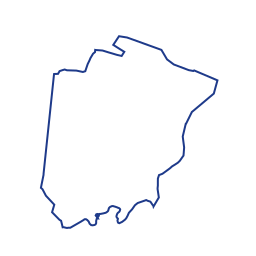 Bocage, Castries, Saint Lucia, rotated 79°
{"feature_id": "8701671B35941232442157", "entity_name": "Bocage", "entity_type": "district", "adm_level": 2, "iso_a3": "LCA", "parent_name": "Saint Lucia", "parent_adm1": "Castries", "projection": "orthographic", "projection_center": [-60.966, 14.003], "detail": "fine", "context": "isolated", "style": "outline", "palette": "blue", "viewbox_px": 256, "rotation_deg": 79, "n_neighbors": 0, "source": "geoboundaries", "source_scale": "gbopen_adm2", "svg_char_len": 2903}
<svg xmlns="http://www.w3.org/2000/svg" viewBox="0 0 256 256"><g transform="rotate(79 128 128)"><path d="M209.9,117.9L208.2,116.4L207.3,115.6L202.1,111.0L200.0,110.9L193.5,110.6L192.6,110.4L190.3,109.7L185.2,108.7L183.3,108.3L180.1,106.5L180.0,105.7L179.5,102.9L175.7,94.8L174.9,93.4L174.1,92.1L172.9,88.9L171.6,85.7L170.1,83.4L166.7,79.9L165.7,78.8L162.9,78.0L157.8,76.6L153.0,76.3L146.8,75.9L139.5,72.6L134.9,70.5L134.9,70.2L125.2,62.8L124.5,62.3L114.7,44.6L113.8,43.0L110.6,37.2L98.3,31.1L84.1,52.1L84.5,53.0L82.8,57.3L74.4,70.9L68.1,76.6L57.7,80.3L54.7,85.3L39.2,111.3L39.0,111.6L36.2,119.3L43.6,126.6L49.1,120.8L52.5,117.1L54.5,119.0L56.1,120.5L54.0,125.1L52.0,128.9L50.2,132.4L47.2,138.0L47.0,138.5L45.2,145.1L45.1,145.3L45.4,145.4L47.2,145.9L48.4,148.1L52.2,151.5L54.3,152.9L57.6,155.4L63.2,158.6L64.1,159.1L64.4,161.6L61.8,167.7L59.7,176.9L59.2,177.8L58.5,179.0L58.7,181.3L59.1,184.3L59.6,184.7L61.5,186.4L60.9,190.1L60.9,190.3L156.4,219.5L158.0,219.9L170.1,224.9L171.8,223.6L178.8,221.5L189.2,215.0L196.2,218.6L205.0,212.8L206.3,211.4L209.8,211.2L213.0,211.1L213.0,210.8L213.1,210.1L214.2,207.7L214.5,206.9L214.5,205.6L214.6,205.3L214.9,203.7L210.8,191.7L210.6,191.3L210.3,190.4L209.8,189.1L209.3,188.1L209.5,186.7L210.5,185.6L212.2,184.5L213.3,184.2L213.9,184.1L214.7,183.9L215.8,183.0L216.3,182.7L216.4,182.3L216.8,181.2L216.8,179.3L216.6,178.8L216.4,178.2L215.3,177.4L213.8,177.1L213.6,177.1L212.7,176.8L211.9,176.4L210.9,175.9L210.9,175.3L211.0,175.1L211.1,174.7L210.8,174.8L210.3,174.8L208.7,175.9L207.7,176.4L206.6,175.5L206.6,175.0L206.6,174.5L207.5,174.2L209.0,173.8L208.8,173.6L208.5,173.3L206.9,172.9L206.9,172.6L207.0,172.0L207.1,171.3L207.1,170.9L207.1,170.6L207.1,170.3L207.1,169.6L207.1,168.6L207.1,168.3L207.1,168.0L207.0,167.5L207.0,167.2L207.0,166.4L206.9,166.1L206.8,165.5L206.5,164.9L206.4,164.7L206.2,164.2L205.9,163.8L205.8,163.6L205.6,163.4L205.3,163.2L205.1,163.1L204.9,163.0L204.5,162.7L204.1,162.6L203.8,162.4L203.6,162.3L203.3,162.2L203.0,161.9L202.8,161.8L202.2,160.9L201.9,160.2L201.9,159.9L201.8,159.5L201.6,158.6L201.7,157.9L201.9,157.3L202.1,157.0L202.2,156.8L202.7,155.8L202.8,155.6L203.0,155.2L203.4,154.6L203.7,154.0L204.3,153.2L204.5,152.9L204.6,152.6L205.1,151.9L205.5,151.6L205.8,151.4L206.1,151.3L206.4,151.2L207.0,151.5L207.7,151.8L208.0,152.1L208.3,152.3L208.5,152.5L208.8,153.0L209.1,153.6L209.2,153.8L209.5,154.3L209.8,154.6L210.3,155.0L210.6,155.3L211.3,155.6L212.0,156.0L212.5,156.2L213.0,156.2L213.6,156.1L214.2,155.8L214.9,155.3L215.1,155.2L215.4,155.3L215.9,155.5L216.5,155.9L217.0,156.0L218.6,155.9L218.8,155.8L219.0,155.8L219.2,155.6L219.8,154.7L219.5,153.5L219.0,151.6L217.4,148.4L216.2,146.9L214.0,145.1L211.4,143.3L208.6,139.5L205.2,136.0L204.7,135.1L203.5,132.8L203.1,130.0L202.4,125.0L202.2,123.9L203.2,122.6L204.5,120.2L204.8,120.0L205.2,119.8L207.8,118.7L209.5,117.9L209.9,117.9Z" fill="none" stroke="#1e3a8a" stroke-width="2"/></g></svg>